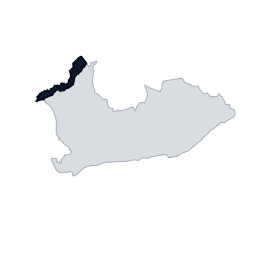 location of Putumayo, Loreto, Peru, rotated 290°
{"feature_id": "86281439B99020092108711", "entity_name": "Putumayo", "entity_type": "district", "adm_level": 2, "iso_a3": "PER", "parent_name": "Peru", "parent_adm1": "Loreto", "projection": "mercator", "projection_center": [-73.854, -1.731], "detail": "fine", "context": "in_parent", "style": "filled", "palette": "ink", "viewbox_px": 256, "rotation_deg": 290, "n_neighbors": 0, "source": "geoboundaries", "source_scale": "gbopen_adm2", "svg_char_len": 8639}
<svg xmlns="http://www.w3.org/2000/svg" viewBox="0 0 256 256"><g transform="rotate(290 128 128)"><path d="M180.1,75.2L180.0,75.9L179.2,76.2L178.4,75.8L177.2,75.9L175.5,74.3L171.5,74.6L169.7,76.4L167.0,76.8L164.0,77.7L160.7,78.0L155.4,80.9L154.2,82.1L151.9,83.8L149.9,84.4L149.0,89.7L147.1,92.8L146.3,94.5L147.4,97.1L147.3,98.3L146.3,99.4L145.4,99.5L143.6,100.6L140.9,102.9L140.4,104.7L141.3,107.1L141.0,107.4L138.8,107.8L138.9,109.2L138.4,109.7L140.3,111.6L141.3,112.0L141.4,112.5L141.2,113.0L140.8,113.2L140.7,113.6L142.1,115.1L143.1,117.9L145.0,119.3L145.1,120.2L145.6,121.1L146.7,121.8L149.0,124.7L149.1,126.0L146.6,129.0L150.7,129.0L155.2,130.1L155.8,130.6L156.3,131.9L156.4,132.8L157.3,133.6L157.2,135.2L163.1,135.3L166.9,134.8L173.1,129.7L174.1,129.3L173.6,130.4L173.5,131.2L173.9,132.1L173.1,133.4L173.1,145.8L174.2,145.1L175.7,146.3L176.7,146.4L180.1,145.0L184.1,145.2L193.3,161.5L192.5,162.6L192.5,163.5L191.4,164.2L190.2,165.5L190.2,172.1L189.3,174.0L189.8,175.1L190.3,177.2L191.1,178.4L191.4,179.2L191.3,179.5L190.0,180.2L189.9,181.4L187.6,183.8L187.2,185.4L186.3,185.9L186.2,187.7L188.2,190.6L186.9,192.3L185.7,194.9L187.8,200.4L188.6,201.2L189.5,201.1L190.9,201.6L191.6,202.4L190.0,203.4L189.7,203.9L189.8,205.7L188.0,207.0L185.5,210.5L184.8,210.7L183.6,211.7L183.4,212.2L183.6,212.7L184.6,213.7L184.8,215.0L183.0,216.6L181.7,216.7L181.2,217.1L181.7,219.3L181.7,220.3L181.4,221.4L180.5,222.6L177.8,223.9L175.4,224.1L171.3,220.9L170.0,219.6L165.9,216.9L165.3,214.1L163.9,212.7L161.4,211.7L159.4,210.2L157.9,209.6L154.2,206.4L150.9,205.4L144.6,202.0L141.2,200.9L136.9,197.8L134.6,197.0L132.7,195.5L127.0,192.5L126.1,191.5L125.3,190.0L124.0,189.1L122.6,187.0L120.5,185.8L118.5,184.2L116.0,179.8L114.8,178.8L114.7,176.9L113.9,176.0L115.1,175.3L115.9,172.3L115.5,170.7L112.6,166.6L112.1,164.9L110.0,161.8L109.2,159.9L107.5,158.5L106.8,157.4L105.9,156.9L105.8,155.4L105.2,152.7L104.3,151.3L100.9,148.7L100.6,145.9L99.9,144.0L95.2,136.1L92.6,128.6L90.3,124.4L89.4,122.0L89.3,120.7L87.6,118.5L86.7,116.5L82.9,112.6L80.8,108.3L80.5,107.0L79.0,104.6L76.6,101.5L75.4,100.3L68.1,96.4L64.7,94.1L64.3,92.9L64.5,92.2L65.3,91.6L66.3,92.1L66.9,91.9L67.4,91.0L67.4,89.7L66.8,88.1L64.5,84.9L65.1,83.4L62.7,79.7L63.3,76.1L63.8,75.2L67.3,71.6L68.3,70.0L69.8,69.1L71.3,67.6L73.2,66.5L73.7,66.8L74.2,68.8L74.2,70.1L74.7,71.5L73.4,72.8L72.0,72.6L71.5,72.9L71.3,73.5L71.5,74.5L71.8,74.9L72.9,75.0L71.5,76.9L71.6,77.2L72.6,77.6L73.5,77.1L74.5,76.0L75.1,75.9L78.6,77.7L80.2,77.5L81.5,78.4L81.7,79.7L83.4,82.4L86.1,83.0L86.5,82.8L87.1,81.8L87.7,81.7L87.8,80.2L90.1,78.6L90.4,77.5L90.1,76.8L90.1,76.2L91.5,72.7L91.9,72.3L92.3,71.2L92.8,70.5L93.6,66.6L94.2,66.6L94.8,67.5L95.5,67.3L95.1,66.4L95.3,66.1L97.8,62.9L98.6,62.3L110.8,57.9L116.9,53.5L122.2,47.3L123.9,41.0L124.5,41.5L125.5,41.3L125.2,38.8L125.4,37.6L125.4,37.2L123.7,35.7L123.0,34.1L121.6,33.1L121.7,32.8L123.2,33.1L124.6,33.0L125.8,31.9L126.7,32.0L128.7,33.4L130.2,33.6L130.6,34.6L132.1,35.3L134.1,37.5L135.0,39.8L135.0,40.3L135.9,41.5L137.9,42.1L139.8,43.8L141.9,44.4L142.8,45.9L143.4,46.4L143.6,47.3L143.3,48.4L143.6,49.0L145.1,49.9L146.4,49.9L146.7,50.4L147.4,53.0L147.0,54.3L147.2,55.0L148.9,55.6L149.4,56.2L150.7,56.3L152.6,55.8L155.0,56.6L156.8,56.3L157.7,56.1L158.5,55.5L159.2,55.5L161.1,53.8L161.6,53.7L163.6,54.4L165.3,55.6L167.4,55.4L168.2,54.7L169.7,54.3L172.4,55.7L173.0,56.3L173.8,56.4L176.7,57.8L177.2,58.4L178.7,58.9L179.0,59.4L178.9,59.9L172.1,70.5L174.2,71.4L176.2,70.9L177.2,71.6L178.0,73.3L179.5,74.5L180.1,75.2Z" fill="#d9dde1" stroke="#a8b0b8" stroke-width="1"/><path d="M174.8,66.8L179.1,60.0L179.0,59.6L179.0,59.1L178.8,58.8L178.7,58.9L178.5,59.3L178.3,59.4L178.0,59.2L178.1,58.9L178.0,58.7L177.8,58.7L177.7,58.9L177.3,58.0L177.2,57.8L176.9,57.7L176.4,58.1L176.0,58.0L176.1,57.7L176.6,57.6L176.6,57.3L176.0,57.2L175.5,57.5L175.3,57.5L175.1,57.4L175.0,57.1L174.9,56.8L174.4,57.0L174.1,56.6L173.8,56.4L173.6,56.5L174.0,56.7L174.0,57.0L173.6,57.1L173.3,57.1L173.1,56.8L173.2,56.2L172.8,56.4L172.7,56.3L172.9,55.9L172.8,55.7L172.0,55.5L171.7,55.2L171.1,55.1L170.9,54.6L170.7,54.4L170.4,54.5L170.2,54.7L170.0,54.8L169.8,54.6L169.7,54.3L169.4,54.3L169.2,54.5L169.5,55.1L169.4,55.3L169.2,55.2L168.8,54.9L168.2,55.0L167.9,55.2L168.0,55.6L167.7,55.6L167.6,56.0L167.3,56.0L167.0,55.6L166.6,55.8L166.6,55.6L166.2,55.7L166.1,56.0L165.7,56.1L165.3,56.3L165.2,56.1L165.3,55.7L165.0,55.4L164.7,55.0L164.5,54.9L164.3,55.0L164.4,55.6L164.4,55.8L164.2,55.8L164.0,55.2L164.0,54.7L163.3,54.6L162.7,54.2L161.9,54.5L161.8,54.2L162.0,53.8L161.8,53.6L161.5,53.8L161.1,54.2L160.9,54.1L160.3,55.3L159.7,55.4L159.7,55.5L159.9,55.9L159.9,56.0L159.7,56.0L159.6,55.8L159.0,55.9L158.6,55.6L158.2,55.9L158.1,56.0L157.6,56.3L157.7,56.8L157.5,57.0L157.4,56.9L157.3,56.6L157.2,56.6L156.8,56.8L156.5,56.6L156.4,56.6L156.4,56.9L156.1,56.8L156.0,57.0L155.2,57.2L155.2,56.8L154.9,56.4L154.7,56.6L154.2,56.5L153.7,56.5L153.5,56.3L153.2,56.2L152.9,55.9L152.7,55.8L152.5,56.1L152.3,56.3L152.2,56.7L152.0,56.8L151.9,56.8L152.0,56.4L151.8,56.1L151.6,56.2L151.5,56.5L151.4,56.5L151.2,56.2L150.8,56.4L150.3,56.6L149.8,56.6L149.4,56.8L149.4,56.7L149.5,56.5L149.2,56.3L149.1,55.7L148.8,55.8L148.7,55.8L148.4,55.4L148.3,55.5L148.3,55.8L148.1,55.8L148.0,55.4L147.9,55.3L147.7,55.5L147.5,55.1L147.2,54.8L147.0,54.5L147.0,54.1L147.4,54.0L147.6,53.5L148.0,53.2L147.6,52.9L147.8,52.5L147.5,52.3L147.5,51.9L147.6,51.6L147.5,51.2L147.6,50.8L147.2,50.7L147.2,50.1L146.8,50.1L146.6,49.7L146.4,49.7L146.3,50.1L146.1,50.1L146.2,49.9L145.7,49.8L145.6,50.3L145.4,50.1L144.8,49.8L144.3,49.9L144.3,49.7L144.0,49.4L143.6,49.4L143.3,49.1L143.2,48.9L143.4,48.6L143.6,48.2L143.9,47.9L144.0,47.7L143.8,47.7L143.7,47.7L143.8,47.3L143.6,47.1L143.7,46.9L143.3,46.6L143.2,46.3L142.7,46.2L142.8,46.1L143.0,46.1L143.0,45.7L142.8,45.5L142.9,45.1L142.6,45.2L142.4,45.1L142.3,44.5L142.1,44.6L141.7,44.3L141.4,44.4L141.2,44.3L141.1,43.9L141.0,44.3L140.8,44.5L140.7,44.5L140.6,44.3L140.4,44.4L140.3,44.2L139.9,44.2L139.5,43.5L139.5,43.2L139.4,43.1L138.8,43.1L138.9,42.8L138.8,42.7L138.6,42.9L138.3,42.8L138.2,42.5L138.3,42.0L138.2,41.9L138.0,42.3L137.8,42.4L137.5,42.3L136.7,41.9L136.2,41.9L135.7,41.6L135.7,41.2L135.6,40.8L135.2,40.7L135.3,40.4L135.7,40.6L135.7,40.2L135.9,39.9L135.5,40.0L135.4,39.9L135.5,39.5L135.2,39.7L135.2,39.3L134.9,39.3L134.6,39.1L134.6,38.9L134.9,38.8L134.9,38.5L134.6,38.2L134.7,37.9L134.4,37.6L134.4,37.1L134.2,37.2L134.0,36.6L133.6,36.5L133.5,36.4L133.3,36.5L133.3,36.3L133.0,36.3L132.7,35.8L132.5,35.7L132.1,35.4L132.1,35.1L131.6,35.4L131.4,35.2L131.4,34.9L131.1,35.1L130.9,35.0L130.9,34.5L130.4,33.6L130.1,33.4L129.7,33.9L129.2,33.9L129.0,33.6L128.9,33.8L128.5,33.5L128.4,33.1L127.9,33.0L127.3,32.4L126.7,32.2L126.3,31.9L125.9,32.0L125.8,32.3L125.5,32.6L125.4,32.8L125.1,33.1L124.9,33.1L124.6,33.1L124.4,33.1L124.5,33.0L124.4,33.0L123.9,33.2L123.7,33.1L123.4,33.1L122.8,32.7L122.5,32.7L122.4,32.8L122.0,32.7L121.9,32.6L121.8,33.5L122.0,33.5L122.1,33.3L122.6,33.4L123.1,33.9L123.2,34.5L123.3,34.6L123.3,34.8L123.8,35.6L124.1,35.8L124.1,36.0L124.4,36.1L124.5,36.3L124.8,36.2L124.9,36.4L124.9,36.6L125.0,36.6L125.3,36.7L125.4,37.0L125.5,36.8L125.6,37.1L125.8,37.2L125.8,37.4L125.6,37.5L125.8,37.7L125.7,37.8L125.8,37.9L125.6,38.3L125.8,38.4L125.7,38.6L126.2,38.8L126.1,39.0L126.8,39.2L126.8,39.4L127.0,39.5L127.5,39.5L127.8,39.7L128.2,39.9L128.6,40.7L128.9,40.8L129.0,41.0L129.3,41.0L129.3,41.4L129.7,42.0L130.2,42.2L130.3,42.3L130.6,42.4L130.8,42.9L131.0,43.0L131.1,43.4L131.8,44.0L132.1,44.4L132.3,44.6L132.4,45.0L132.8,45.2L132.8,45.4L133.1,45.4L133.3,45.7L133.6,45.7L133.9,45.9L134.0,45.8L134.3,45.9L135.1,46.2L135.3,46.3L135.5,46.3L136.1,46.5L136.4,46.4L136.9,46.7L137.5,47.2L138.4,47.2L138.7,47.8L139.0,47.9L139.0,48.0L139.6,48.9L140.0,48.8L140.2,49.0L140.3,49.7L140.1,50.3L140.1,50.6L139.7,51.0L139.7,51.5L139.5,51.8L139.2,51.9L139.2,52.0L139.6,52.1L139.8,52.3L140.4,52.4L140.6,53.4L141.1,53.7L140.9,54.3L141.2,54.6L141.4,55.2L141.6,55.3L141.9,55.1L142.2,55.2L142.8,55.7L143.0,55.9L143.4,56.0L143.8,56.4L144.2,56.4L144.9,56.9L144.9,57.2L144.7,57.7L145.0,58.3L145.4,58.6L145.9,58.7L146.6,59.3L147.3,59.5L147.5,60.1L148.1,60.2L149.9,61.6L151.2,61.6L152.3,61.3L153.5,61.3L154.6,60.8L155.1,61.0L155.3,60.8L155.9,60.7L156.5,60.8L157.2,60.4L157.5,60.4L158.1,60.8L158.3,60.8L158.7,60.6L159.3,61.2L160.6,61.5L161.1,61.6L161.3,61.8L161.3,62.3L161.6,62.8L162.0,62.9L162.6,62.9L162.9,63.1L164.1,63.5L164.5,64.0L164.8,64.2L164.8,64.4L164.9,64.5L165.5,64.5L165.7,64.2L166.2,64.3L166.3,64.5L166.6,64.5L166.9,64.8L167.8,64.6L168.7,64.7L168.8,65.0L169.6,65.3L169.9,65.7L170.7,66.1L171.5,66.3L172.6,66.2L172.7,66.3L173.0,66.7L173.2,66.8L173.6,66.8L174.2,66.5L174.8,66.8Z" fill="#0f172a" stroke="#020617" stroke-width="1.5"/></g></svg>